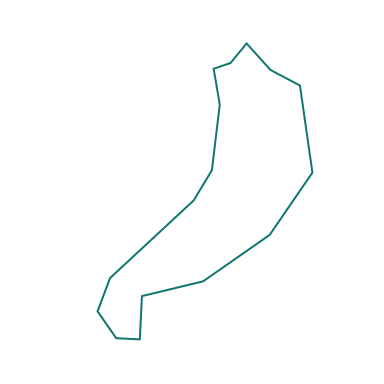 an SVG outline of Eastern, rotated 141°
{"feature_id": "ASM-4998", "entity_name": "Eastern", "entity_type": "state/province", "adm_level": 1, "iso_a3": "ASM", "parent_name": "American Samoa", "parent_adm1": "", "projection": "equal_earth", "projection_center": [-170.654, -14.284], "detail": "fine", "context": "isolated", "style": "outline", "palette": "teal", "viewbox_px": 384, "rotation_deg": 141, "n_neighbors": 0, "source": "natural_earth", "source_scale": "10m", "svg_char_len": 363}
<svg xmlns="http://www.w3.org/2000/svg" viewBox="0 0 384 384"><g transform="rotate(141 192 192)"><path d="M41.1,206.8L86.2,131.3L158.6,109.8L239.6,115.6L296.4,142.6L325.3,110.3L342.9,126.1L340.5,158.7L309.8,176.7L196.0,184.4L162.8,196.4L115.3,242.6L97.6,274.2L80.8,268.0L56.1,273.1L54.2,237.4L41.1,206.8Z" fill="none" stroke="#0f766e" stroke-width="2"/></g></svg>